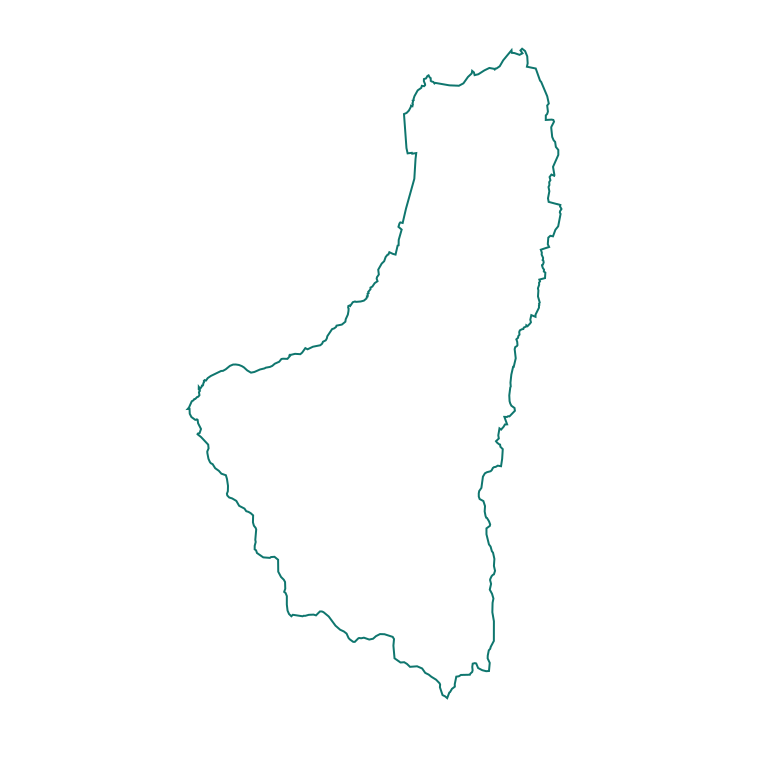 Negresti-Oas, Satu Mare, Romania (Equal Earth projection), rotated 84°
{"feature_id": "2599482B36847212141623", "entity_name": "Negresti-Oas", "entity_type": "district", "adm_level": 2, "iso_a3": "ROU", "parent_name": "Romania", "parent_adm1": "Satu Mare", "projection": "equal_earth", "projection_center": [23.479, 47.842], "detail": "fine", "context": "isolated", "style": "outline", "palette": "teal", "viewbox_px": 768, "rotation_deg": 84, "n_neighbors": 0, "source": "geoboundaries", "source_scale": "gbopen_adm2", "svg_char_len": 6117}
<svg xmlns="http://www.w3.org/2000/svg" viewBox="0 0 768 768"><g transform="rotate(84 384 384)"><path d="M269.8,213.3L266.8,214.0L265.0,205.5L262.1,206.5L255.6,205.3L254.0,203.1L254.8,200.5L248.5,197.4L245.4,194.3L233.3,190.6L231.9,191.2L230.6,190.9L228.5,189.2L225.7,190.4L224.4,189.9L220.1,201.2L216.5,201.5L209.6,199.4L205.3,199.8L203.4,198.7L200.5,198.6L198.7,197.2L195.5,197.7L193.2,195.6L194.7,193.0L194.1,192.7L185.7,193.2L174.4,186.7L169.4,186.2L166.2,188.3L161.1,188.5L159.4,189.8L155.9,190.9L146.6,190.9L145.6,190.6L140.9,187.5L139.1,188.0L138.6,189.5L138.3,195.5L133.8,195.0L132.5,193.5L130.2,192.5L124.1,192.6L122.3,190.8L114.9,191.6L100.0,196.1L98.6,197.1L86.1,200.1L83.4,208.7L80.1,207.6L73.1,207.3L67.6,208.9L65.0,211.6L66.5,213.4L69.6,211.7L70.8,214.8L68.5,219.7L68.0,222.3L65.4,222.3L74.5,231.6L80.1,235.7L82.0,239.2L81.9,240.2L82.8,241.0L82.0,241.7L80.7,246.2L82.6,251.4L85.8,257.8L86.3,261.6L83.5,262.0L81.8,263.6L84.3,264.3L87.4,268.4L93.3,273.6L95.2,278.3L93.8,287.8L89.9,301.5L90.4,302.4L88.8,303.3L88.0,305.2L87.4,305.8L84.7,305.6L83.9,306.5L81.7,307.4L82.2,308.6L84.5,310.3L84.9,312.4L87.0,312.7L90.1,311.8L91.1,311.9L92.0,313.0L91.4,315.2L93.4,316.0L95.5,319.8L100.9,323.6L103.6,324.8L104.8,324.8L105.1,325.8L106.3,325.6L107.8,326.4L108.7,326.0L110.7,326.7L110.0,328.0L111.3,328.4L114.7,330.7L116.8,333.2L117.6,335.9L151.7,337.0L157.1,336.4L157.0,332.1L157.9,331.9L157.7,327.8L163.4,329.1L183.1,332.4L211.9,343.8L225.8,348.6L225.0,350.9L225.9,351.8L229.2,353.2L232.3,350.3L242.2,354.3L247.6,355.0L247.8,356.0L256.5,359.0L255.6,361.4L253.5,364.9L255.7,366.1L255.8,367.0L257.9,369.1L261.9,371.0L264.0,373.7L269.7,377.8L274.6,377.7L277.0,379.8L278.5,380.3L281.1,379.7L282.7,382.7L285.9,385.4L286.7,387.4L288.3,387.5L290.8,390.1L292.0,389.8L292.5,390.9L294.6,390.9L294.9,391.7L295.6,391.5L295.9,392.1L297.1,392.5L299.0,395.3L299.5,398.6L299.4,403.3L298.9,404.2L299.4,406.5L302.0,408.7L302.0,409.1L302.9,409.5L302.4,410.3L302.7,411.3L304.4,411.7L305.2,411.3L307.7,411.7L311.2,412.7L315.6,415.3L318.0,415.9L320.5,419.7L321.0,425.1L322.3,425.8L323.5,427.8L324.0,429.9L330.6,435.4L332.7,436.1L334.5,437.4L335.6,440.3L337.4,441.3L338.8,443.3L339.5,450.8L341.5,456.4L340.1,458.5L344.2,462.1L345.6,464.1L344.7,469.3L345.3,473.8L345.1,474.5L345.5,475.0L346.2,474.5L348.9,477.4L348.3,481.8L348.4,483.4L350.9,485.9L352.4,490.5L354.3,493.2L355.1,495.7L355.4,499.8L356.0,501.2L356.6,505.8L358.5,511.7L358.8,515.1L356.2,518.6L352.8,521.6L351.3,523.6L349.9,526.3L349.1,529.4L348.9,532.1L349.9,535.4L352.8,539.8L354.1,542.8L354.0,544.6L357.9,555.4L359.7,558.7L362.0,560.7L361.9,561.4L361.4,561.9L362.0,562.8L363.6,562.9L364.3,563.6L366.1,564.0L366.7,564.6L366.6,565.3L367.5,565.6L369.5,567.3L367.5,568.5L369.9,568.8L371.6,567.8L372.8,568.9L375.8,568.7L377.2,570.0L377.5,571.3L379.1,573.2L379.2,574.3L380.3,575.2L381.1,577.0L387.0,580.4L388.3,581.8L388.4,580.0L393.3,580.3L396.7,579.0L399.8,575.6L400.0,574.8L399.6,573.8L400.2,573.1L403.6,573.0L409.6,570.7L413.5,572.5L413.9,574.4L414.5,574.7L417.6,571.5L425.9,565.2L429.7,565.2L432.6,566.8L434.2,566.9L440.0,566.4L443.4,565.3L444.7,564.5L445.8,562.8L450.1,560.7L453.1,557.3L456.2,555.1L458.2,550.8L462.0,550.1L469.0,549.8L474.3,550.5L476.7,551.7L478.5,551.5L480.7,549.8L481.9,547.0L484.8,543.1L490.0,540.8L493.3,535.8L496.1,534.3L497.0,532.2L498.5,530.1L501.0,527.9L507.9,528.8L511.3,528.2L513.7,526.7L515.3,526.3L525.6,528.3L527.7,528.1L531.4,529.5L534.9,529.9L536.1,528.6L538.8,528.0L543.8,522.2L545.0,515.7L544.3,514.4L544.4,511.0L547.7,507.7L559.6,508.8L565.1,506.6L568.2,504.1L570.6,503.1L577.3,503.6L580.3,505.0L581.6,503.7L584.8,502.8L593.2,503.7L599.3,503.6L602.8,502.5L605.3,500.4L604.0,498.8L606.5,489.2L606.1,488.1L606.3,486.4L605.7,482.9L606.0,478.1L607.0,475.8L603.5,471.5L603.7,469.6L604.6,468.0L609.4,463.3L619.3,457.5L623.8,453.3L625.9,449.8L628.3,447.3L632.9,445.8L634.4,444.7L637.2,441.6L637.4,440.0L634.3,436.2L634.0,435.3L634.5,433.3L634.2,430.5L636.6,425.4L636.2,421.5L633.9,418.3L632.3,414.1L632.9,409.7L636.4,401.8L638.7,400.7L645.2,402.0L657.9,402.2L662.7,396.7L662.8,393.0L664.8,390.4L668.0,387.7L668.2,380.6L670.9,375.8L675.6,373.2L677.7,369.9L680.1,367.5L683.5,363.1L687.5,360.0L688.8,359.6L691.4,360.1L699.5,358.3L701.0,355.9L703.0,354.0L697.7,351.3L697.3,350.5L694.3,348.3L692.4,345.2L689.9,345.0L682.6,342.7L682.5,340.1L681.4,337.9L682.1,329.0L681.1,328.4L679.6,326.4L678.0,325.8L674.6,325.8L671.4,325.0L671.1,322.8L671.6,321.5L676.3,320.1L678.9,316.2L680.3,312.4L680.4,309.6L672.4,308.0L667.7,309.6L664.9,309.2L659.8,307.6L658.5,306.1L656.5,305.3L651.0,301.6L631.4,299.5L622.3,300.1L613.0,298.9L608.8,297.6L603.9,298.5L599.6,300.3L594.0,298.4L590.0,299.0L588.9,298.6L586.4,297.1L585.2,295.7L584.8,294.6L581.4,293.1L576.4,293.7L569.5,292.5L563.2,293.2L561.5,294.2L556.8,295.0L554.5,296.4L544.2,297.8L538.3,297.2L536.2,293.6L534.8,293.1L531.6,293.9L528.0,295.6L527.7,296.3L525.9,296.8L521.2,297.2L516.0,296.3L510.8,297.4L508.4,300.9L505.9,301.5L502.7,301.2L500.4,300.5L497.5,298.0L486.5,295.3L483.4,293.0L482.5,290.9L481.9,287.1L481.0,285.9L478.9,284.5L478.2,283.3L478.1,281.6L477.1,279.4L478.0,276.2L470.7,274.3L461.2,272.7L458.6,274.8L456.4,274.9L455.9,275.9L454.0,277.8L452.6,278.6L450.2,275.5L447.0,275.7L440.2,273.8L441.6,272.3L439.0,269.5L436.9,268.0L437.0,265.8L429.3,267.7L429.6,265.0L429.0,263.9L429.3,262.6L424.3,256.6L421.5,256.7L418.9,259.6L416.5,260.5L414.2,260.9L408.4,260.6L400.7,258.8L399.7,258.2L395.9,258.1L388.0,256.4L380.4,253.8L380.5,253.2L372.2,250.3L363.0,250.4L361.0,249.6L360.1,247.8L359.3,247.2L356.0,247.1L353.4,247.7L352.0,245.8L350.5,245.5L349.1,244.1L346.5,244.1L344.9,243.3L344.0,241.3L343.9,239.7L342.5,239.1L341.7,236.6L340.5,236.3L341.5,235.2L339.0,232.3L337.9,231.4L335.4,231.8L330.9,230.3L333.0,226.3L330.8,226.0L324.3,221.9L322.1,221.7L321.6,221.2L320.5,221.5L319.3,220.6L313.0,221.7L307.2,220.7L304.9,220.9L301.5,219.3L299.4,219.2L298.2,218.1L296.4,218.6L295.5,212.8L290.1,211.9L288.8,213.3L287.0,212.9L285.3,213.9L282.6,214.5L282.2,214.4L281.9,213.5L279.8,212.5L278.1,212.6L277.3,213.3L276.6,212.8L275.1,212.6L271.8,213.7L269.8,213.3Z" fill="none" stroke="#0f766e" stroke-width="2"/></g></svg>